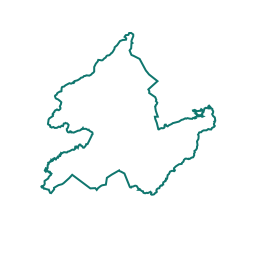 outline of Asūnes pag., Dagdas, Latvia, rotated 112°
{"feature_id": "27541924B76064426584582", "entity_name": "Asūnes pag.", "entity_type": "district", "adm_level": 2, "iso_a3": "LVA", "parent_name": "Latvia", "parent_adm1": "Dagdas", "projection": "albers", "projection_center": [27.598, 56.039], "detail": "fine", "context": "isolated", "style": "outline", "palette": "teal", "viewbox_px": 256, "rotation_deg": 112, "n_neighbors": 0, "source": "geoboundaries", "source_scale": "gbopen_adm2", "svg_char_len": 5804}
<svg xmlns="http://www.w3.org/2000/svg" viewBox="0 0 256 256"><g transform="rotate(112 128 128)"><path d="M198.1,140.3L196.0,135.8L197.1,133.8L194.9,133.2L192.0,131.5L190.8,130.5L188.8,127.3L182.1,128.9L177.3,125.6L170.7,120.4L171.1,120.1L171.1,118.0L171.5,114.3L181.9,104.3L182.2,103.6L181.9,102.7L181.0,102.6L180.5,101.5L178.9,99.9L178.6,99.0L178.7,97.9L180.2,96.0L180.3,94.6L181.4,95.1L180.8,93.4L181.3,91.4L181.1,90.3L182.1,89.7L182.3,88.7L182.0,87.5L181.0,86.3L180.9,85.2L178.8,83.3L179.3,82.8L179.2,82.2L180.8,81.8L181.0,81.2L180.5,80.0L179.6,78.9L178.2,78.5L176.8,77.4L176.0,77.6L175.6,78.2L174.1,78.4L172.8,77.6L172.1,76.4L170.1,76.5L168.8,75.8L168.9,75.3L168.5,74.8L167.6,74.7L167.2,74.2L166.3,74.7L165.1,74.9L163.2,73.4L162.7,73.8L162.0,73.3L161.0,73.7L161.0,73.0L160.3,72.8L156.8,73.6L155.3,72.8L152.7,72.7L151.3,71.3L150.8,70.0L150.8,69.1L150.2,68.7L149.6,68.7L149.2,69.7L148.1,70.3L145.7,69.3L142.5,67.1L141.2,64.8L140.1,64.9L138.4,64.0L136.7,64.2L135.0,63.4L134.6,62.7L134.2,60.5L133.8,60.2L134.0,59.9L133.4,59.1L131.8,58.1L130.7,56.6L128.5,56.4L126.9,57.2L125.6,56.9L124.5,57.8L122.6,56.7L120.9,56.5L119.3,57.1L117.9,57.1L114.5,59.0L111.7,58.6L108.9,59.5L107.9,60.6L106.8,60.3L105.6,60.4L105.1,59.9L104.5,58.6L103.0,58.0L101.9,57.0L100.7,54.3L98.9,53.2L98.9,52.2L98.5,51.6L98.4,50.7L98.2,50.3L96.4,50.1L94.7,48.6L93.7,48.3L93.4,48.4L93.0,49.3L92.0,49.9L90.0,49.8L89.7,50.4L88.6,49.8L86.1,51.2L85.6,51.7L85.6,52.1L85.3,52.5L85.0,53.6L83.6,55.2L82.1,54.8L80.5,55.3L79.9,56.4L78.8,56.9L78.5,57.9L79.3,59.8L77.8,59.4L76.9,61.2L77.6,61.6L78.9,61.5L79.8,62.1L80.0,62.3L80.1,63.4L81.3,64.4L85.1,64.0L85.5,64.6L85.4,65.0L83.3,66.2L83.1,67.2L85.1,67.5L85.4,68.4L86.3,69.8L86.5,70.6L86.2,72.9L87.4,74.4L87.7,74.2L87.9,73.4L87.7,72.4L88.9,69.7L89.1,69.6L89.5,70.2L89.8,68.8L90.4,68.9L90.6,68.7L89.5,67.2L89.6,66.2L89.2,66.0L89.1,65.6L87.8,64.8L86.6,64.6L87.0,64.3L88.9,64.1L89.1,63.7L89.1,62.7L89.8,63.4L89.8,63.8L89.4,64.0L89.8,65.5L90.4,66.3L91.1,67.7L92.7,69.8L93.1,69.9L93.5,69.0L94.0,69.5L94.1,69.8L93.8,70.4L94.2,71.4L95.4,71.8L96.2,74.2L96.6,76.6L97.6,77.6L97.5,78.2L97.8,78.7L99.5,80.1L100.4,81.4L103.0,83.2L106.8,88.4L107.8,88.9L110.4,91.3L111.6,91.8L111.6,93.2L110.7,94.2L111.1,95.0L112.0,95.1L113.8,94.4L114.5,94.7L115.2,95.5L115.5,96.9L116.7,98.3L117.3,98.4L117.8,99.0L117.8,99.4L112.5,103.2L109.4,106.1L107.5,107.3L106.3,104.6L101.7,108.6L97.9,110.9L97.5,110.6L96.3,110.8L95.3,110.3L93.6,110.3L92.6,112.2L91.3,112.3L89.2,114.3L87.6,121.5L85.9,122.0L84.6,123.6L73.5,118.2L70.5,128.5L69.2,130.8L68.0,133.0L59.6,143.1L59.0,150.0L59.0,152.1L58.8,152.4L55.5,155.6L53.0,154.9L48.5,156.4L47.5,155.7L46.9,157.1L45.2,157.5L40.9,157.5L39.3,158.2L38.7,160.7L39.5,162.5L41.5,162.5L42.8,164.9L44.8,165.3L44.9,164.5L45.6,163.2L46.8,162.9L47.9,164.8L48.2,165.7L50.4,168.0L55.3,169.1L58.2,170.6L59.7,170.2L62.1,170.5L64.1,170.9L65.2,171.7L66.3,171.9L67.8,172.9L68.5,174.3L69.4,174.9L71.1,175.1L72.3,176.0L74.7,177.0L75.3,178.1L75.5,179.4L76.0,181.1L77.6,181.0L80.3,181.9L84.1,182.2L88.3,180.5L89.6,180.8L91.1,181.8L92.1,182.0L93.9,183.4L94.8,186.4L95.5,186.8L96.4,188.3L97.8,188.8L99.1,190.5L100.6,191.1L102.7,192.7L104.5,195.1L105.7,195.7L106.0,195.0L106.7,195.2L107.4,196.7L108.2,197.4L108.4,199.1L112.0,202.1L113.4,202.7L114.6,204.4L115.8,204.5L118.9,203.5L119.4,204.0L119.8,204.9L121.8,206.4L122.5,206.7L123.7,206.6L125.0,207.6L125.8,207.7L127.3,206.4L127.7,205.6L127.7,203.5L128.6,200.6L129.1,199.5L131.1,199.1L133.5,199.3L134.7,198.1L135.7,197.9L137.4,198.8L137.6,199.4L137.4,200.8L138.7,201.7L138.8,202.0L140.4,202.5L140.9,202.3L141.6,202.7L143.3,203.1L143.6,202.4L144.5,202.5L145.0,202.1L148.5,204.5L149.8,204.8L154.3,203.7L154.6,203.3L154.7,201.2L156.0,200.6L156.1,200.3L156.0,199.6L156.2,199.1L155.0,197.5L155.4,196.0L154.5,194.0L152.6,192.6L152.6,191.2L150.8,190.5L150.6,189.0L148.0,189.2L147.7,189.0L147.2,187.9L146.7,187.7L146.8,187.2L146.5,186.1L147.4,184.2L149.6,183.9L150.9,184.0L151.9,184.4L153.2,183.7L154.3,182.3L154.4,181.7L153.9,180.7L152.7,180.4L152.6,180.0L152.8,179.1L153.3,178.8L152.8,177.7L152.6,176.6L149.3,173.4L148.4,171.8L147.2,170.9L146.4,170.7L146.2,170.1L144.9,169.8L145.6,169.1L144.5,166.7L144.8,164.4L144.3,163.8L144.7,163.4L145.2,161.8L145.3,160.2L145.5,159.4L146.6,158.7L147.2,158.5L148.1,159.0L148.9,158.8L158.1,159.5L158.6,160.7L160.1,160.6L162.6,161.3L162.9,161.7L163.0,162.6L162.0,163.5L162.1,164.6L161.2,165.9L161.5,166.7L162.9,167.2L165.1,167.0L164.6,167.8L164.4,168.9L165.0,169.9L165.9,169.7L165.7,169.0L166.2,168.8L168.2,169.7L168.6,170.1L168.6,170.8L169.0,171.6L171.6,173.7L172.5,175.0L173.6,175.5L174.4,178.3L176.2,179.9L176.2,180.6L177.3,180.2L177.5,180.3L177.4,180.9L177.6,181.0L178.0,180.5L179.0,180.4L179.0,180.6L178.6,180.9L178.7,181.2L179.6,180.7L180.6,182.3L180.9,182.3L181.3,181.7L181.5,181.7L181.4,182.3L181.6,182.5L182.3,182.5L183.2,183.2L184.1,183.0L184.3,183.4L183.5,184.4L183.5,184.9L184.3,185.0L184.3,185.4L184.6,185.8L186.1,185.4L186.8,185.7L186.9,186.0L186.3,186.5L186.2,187.1L187.6,186.6L187.8,186.8L187.7,187.5L189.0,187.7L190.1,189.0L190.3,188.9L190.6,188.2L191.4,188.1L191.6,188.5L192.5,188.6L195.2,187.5L196.6,187.6L196.6,188.0L196.0,188.7L196.0,189.1L198.6,189.2L199.0,188.5L198.9,188.0L199.2,187.7L198.1,187.1L198.0,186.3L198.5,185.5L198.5,185.0L198.0,184.8L198.0,184.4L198.3,184.3L198.1,184.0L198.4,183.9L198.5,183.5L198.8,183.7L198.9,183.4L198.8,182.7L199.0,182.4L198.9,182.0L199.0,181.8L199.8,182.1L200.4,181.9L200.8,182.3L203.4,183.2L204.6,183.0L208.3,185.5L209.0,185.3L210.9,184.3L211.9,184.3L213.7,184.9L213.9,185.2L213.9,185.9L214.4,186.3L214.7,186.4L215.4,185.7L215.2,183.6L215.8,183.0L215.3,182.2L215.3,180.6L215.0,179.3L215.2,178.4L215.0,178.2L217.3,176.0L217.2,174.9L212.5,173.5L211.2,174.2L207.0,171.0L204.9,168.2L203.4,167.1L196.4,163.7L192.3,162.2L198.1,140.3Z" fill="none" stroke="#0f766e" stroke-width="2"/></g></svg>